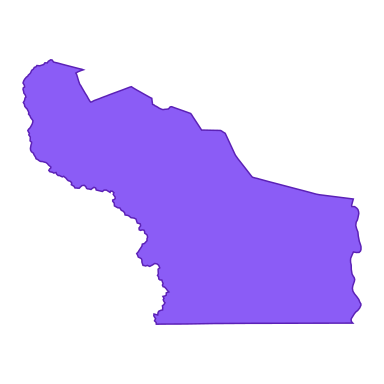 Parnarama, Maranhão, Brazil
{"feature_id": "56859067B73995611622119", "entity_name": "Parnarama", "entity_type": "district", "adm_level": 2, "iso_a3": "BRA", "parent_name": "Brazil", "parent_adm1": "Maranhão", "projection": "albers", "projection_center": [-43.582, -5.599], "detail": "fine", "context": "isolated", "style": "filled", "palette": "violet", "viewbox_px": 384, "rotation_deg": 0, "n_neighbors": 0, "source": "geoboundaries", "source_scale": "gbopen_adm2", "svg_char_len": 4473}
<svg xmlns="http://www.w3.org/2000/svg" viewBox="0 0 384 384"><path d="M139.1,250.4L138.3,251.8L136.7,253.6L137.5,255.0L138.3,257.1L140.0,257.9L141.4,258.8L141.9,260.2L141.9,262.1L143.0,265.4L144.3,265.6L145.5,266.0L147.4,265.4L149.7,266.4L152.4,265.0L154.7,263.5L157.0,263.9L158.6,265.2L159.3,266.7L159.8,267.9L158.1,269.2L158.3,274.0L157.5,275.5L158.5,276.6L158.8,279.0L160.1,280.0L161.8,280.0L162.4,281.9L163.1,283.6L162.4,285.1L163.1,286.7L164.5,287.0L166.1,288.6L167.3,290.3L168.8,291.9L166.3,292.8L166.2,295.2L164.8,296.0L162.9,296.4L164.0,298.3L163.2,299.7L164.0,301.6L165.0,302.8L163.8,304.7L162.4,305.8L162.7,307.4L162.6,309.9L160.8,310.3L158.8,311.2L158.1,312.4L157.7,315.0L154.0,314.0L153.8,315.8L154.4,316.9L155.6,318.7L154.5,320.8L156.1,322.4L156.3,324.2L161.8,324.1L185.5,324.0L215.7,323.5L221.0,323.5L253.2,323.3L255.8,323.3L265.4,323.3L305.2,323.2L352.8,323.1L351.4,321.5L351.1,319.7L351.4,318.5L354.4,313.7L355.9,311.9L357.7,310.5L359.7,308.0L360.9,305.3L360.9,303.9L359.9,302.3L358.8,299.5L356.9,296.8L354.6,294.0L352.9,291.2L352.4,288.3L352.8,285.8L354.4,281.2L354.7,279.4L354.2,277.7L352.7,275.3L352.0,273.8L351.3,269.4L351.2,265.1L350.6,262.5L350.5,260.3L350.7,258.2L352.3,254.4L353.4,252.0L356.5,252.5L359.1,252.4L360.5,251.0L361.0,249.4L361.0,246.7L360.6,245.1L359.3,241.3L358.3,236.1L357.9,232.0L356.7,229.0L356.2,227.1L355.8,225.6L355.9,224.3L356.2,222.1L357.4,220.0L358.0,217.5L358.8,213.6L358.6,211.7L357.9,209.5L356.7,208.1L354.6,206.6L351.9,206.6L351.6,205.3L353.3,199.0L322.4,195.1L319.8,194.8L316.1,194.1L311.7,192.9L303.5,190.7L297.3,189.1L274.5,183.1L269.1,181.7L261.4,179.6L259.5,179.1L257.1,178.4L255.2,178.0L252.4,177.2L251.2,175.8L245.7,168.7L238.9,160.0L238.1,159.0L235.4,155.2L234.8,154.0L225.2,133.3L222.9,131.9L221.9,131.2L220.7,130.5L218.9,130.4L213.4,130.3L204.1,130.1L201.6,130.1L199.4,126.7L196.2,121.8L192.9,116.8L191.8,115.0L190.7,113.5L183.2,110.8L174.1,107.6L171.7,106.7L170.2,106.9L168.5,108.9L166.7,109.2L164.9,109.3L163.2,109.6L162.0,109.4L160.6,108.8L158.9,108.0L157.6,107.1L156.2,106.3L155.0,105.8L154.1,105.0L152.6,104.4L152.4,103.0L152.2,101.7L152.0,100.2L151.8,98.3L150.1,97.5L147.6,96.1L144.9,94.6L140.5,92.1L138.9,91.2L136.9,90.1L132.7,87.6L131.4,86.7L129.6,87.2L122.0,90.1L114.4,92.9L109.0,94.9L106.3,96.0L104.8,96.5L103.0,97.2L101.4,97.8L99.5,98.6L94.3,100.5L93.1,101.1L91.9,101.8L90.7,102.1L89.7,100.9L88.2,98.4L87.1,96.3L85.2,93.3L83.5,90.4L81.3,86.6L80.7,85.5L79.8,84.4L79.4,83.2L78.8,81.6L78.1,79.3L77.3,76.5L76.6,74.4L75.8,73.1L78.0,71.8L81.2,70.5L83.3,69.8L81.7,69.2L80.2,68.9L79.0,68.6L71.6,66.7L68.5,65.9L62.4,64.3L57.6,63.0L55.3,62.5L53.5,62.0L52.1,60.0L50.7,59.8L48.3,61.3L47.3,62.9L44.9,62.8L43.7,64.5L41.6,65.2L39.7,65.8L36.9,65.5L36.0,66.8L34.3,67.4L33.3,69.2L31.7,70.3L30.5,73.0L29.5,74.1L28.4,75.0L27.6,76.4L26.5,77.0L24.8,79.0L23.7,80.9L23.0,83.0L24.3,85.1L24.6,87.1L23.3,87.8L23.0,89.3L23.6,91.4L23.9,93.2L25.1,94.7L25.6,95.9L25.9,97.2L25.0,98.0L24.8,99.3L24.4,100.7L23.3,102.5L24.3,104.1L24.8,106.4L25.9,107.8L26.9,108.7L28.1,110.9L28.9,112.9L28.5,114.0L30.0,115.9L30.7,117.7L31.8,119.1L32.9,120.6L32.8,122.0L32.2,124.0L31.5,125.3L30.6,126.9L29.8,128.1L28.6,129.2L27.8,130.6L28.6,132.2L29.4,133.3L28.8,134.9L30.3,137.0L30.2,139.2L30.1,140.9L31.6,142.2L31.5,143.6L31.0,145.1L30.4,148.4L30.6,150.1L31.4,151.7L33.5,153.3L33.9,154.6L35.7,157.5L36.0,158.7L37.9,159.7L39.6,161.0L40.8,161.5L42.3,161.5L44.3,162.1L45.9,162.5L47.4,163.6L48.5,165.0L50.9,167.0L50.7,168.1L49.6,169.0L48.8,170.4L49.8,171.7L52.5,172.3L53.8,173.1L56.0,172.5L56.6,174.1L58.1,175.5L59.4,175.5L62.3,176.9L63.7,176.3L66.0,178.2L67.2,179.7L68.3,180.7L69.8,181.1L70.9,181.9L71.7,183.0L71.3,184.7L74.0,186.3L75.0,188.0L76.5,188.0L77.9,188.2L79.3,188.2L80.3,187.1L81.9,185.6L84.2,185.3L85.7,186.5L86.6,188.4L87.7,188.9L89.1,189.0L91.0,189.5L92.2,188.5L94.0,187.3L95.7,188.1L96.2,190.0L102.4,191.5L104.1,190.1L106.4,190.1L110.1,192.4L110.6,191.1L112.4,191.3L113.9,192.7L113.2,194.3L115.1,197.1L115.2,198.6L114.3,199.4L112.7,200.0L112.7,201.3L114.1,202.9L114.3,204.4L114.4,205.9L117.8,207.8L119.8,207.9L121.3,210.3L123.0,211.1L124.5,212.6L125.1,215.0L127.2,215.3L128.4,215.6L129.5,216.4L131.0,217.7L132.9,217.9L134.4,218.2L136.1,219.2L136.6,221.1L137.3,223.0L140.3,223.9L140.6,225.9L139.0,228.0L139.2,229.8L140.6,230.4L142.1,229.9L144.0,230.2L144.6,231.5L144.7,233.2L146.2,234.2L147.2,235.2L147.6,237.2L147.0,238.7L147.0,240.7L144.4,243.5L142.3,244.1L141.9,246.2L139.1,250.4Z" fill="#8b5cf6" stroke="#5b21b6" stroke-width="1.5"/></svg>